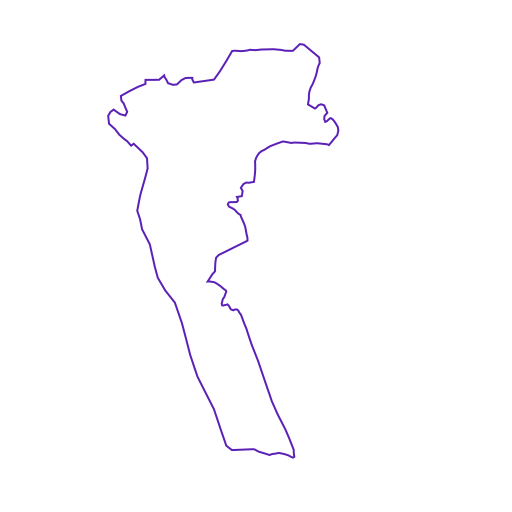 the district of Biyalu, Kafr ash Shaykh, Egypt, rotated 166°
{"feature_id": "37247803B81724678096325", "entity_name": "Biyalu", "entity_type": "district", "adm_level": 2, "iso_a3": "EGY", "parent_name": "Egypt", "parent_adm1": "Kafr ash Shaykh", "projection": "albers", "projection_center": [31.181, 31.319], "detail": "fine", "context": "isolated", "style": "outline", "palette": "violet", "viewbox_px": 512, "rotation_deg": 166, "n_neighbors": 0, "source": "geoboundaries", "source_scale": "gbopen_adm2", "svg_char_len": 3701}
<svg xmlns="http://www.w3.org/2000/svg" viewBox="0 0 512 512"><g transform="rotate(166 256 256)"><path d="M158.4,346.0L154.5,348.8L151.4,351.2L147.9,353.6L146.9,355.6L145.8,357.7L145.4,361.2L146.8,366.1L147.4,367.5L148.1,369.3L148.8,370.3L150.1,371.7L150.8,371.7L153.3,370.4L154.6,369.7L156.4,369.4L156.7,372.5L155.6,375.3L152.2,377.7L153.4,385.7L156.2,387.5L158.9,387.2L160.0,386.5L161.4,385.5L163.1,384.8L168.9,390.5L166.4,396.4L166.0,398.5L164.6,402.3L162.2,406.1L159.7,408.8L158.3,410.6L156.4,413.3L155.2,415.0L152.7,419.2L151.0,423.0L149.2,425.8L147.5,427.8L146.7,433.4L147.3,434.3L147.9,435.1L150.4,438.5L158.5,449.5L158.8,449.6L160.0,450.1L162.3,451.0L163.4,450.3L170.0,446.5L170.6,446.2L172.1,446.5L177.9,448.1L178.2,448.2L181.8,449.9L189.3,452.5L190.3,452.7L200.2,454.9L201.8,455.2L206.4,455.8L207.5,456.1L208.2,456.3L212.1,457.6L212.5,457.6L214.3,457.5L219.1,458.0L219.8,458.2L221.7,458.6L222.8,459.0L225.4,459.8L227.0,460.4L229.6,460.6L230.6,459.6L237.0,453.0L243.7,446.5L246.5,443.8L251.3,439.7L254.1,437.3L274.3,439.4L275.1,442.6L274.8,443.9L274.7,444.2L275.3,444.4L279.0,445.3L280.3,445.5L280.6,445.6L281.6,445.7L284.9,444.9L285.8,444.7L287.3,443.8L287.9,443.5L290.8,441.8L291.2,441.6L295.3,442.2L295.7,442.5L298.6,444.4L299.5,444.9L300.4,449.0L301.5,451.8L301.4,453.4L307.5,450.4L310.7,451.2L320.6,453.6L321.7,449.7L328.7,448.8L329.5,448.7L336.7,447.1L338.9,446.6L348.4,444.0L349.0,439.3L347.8,436.7L347.5,436.2L347.0,432.4L346.1,427.1L347.5,425.4L348.7,423.9L349.1,424.1L353.7,426.6L358.5,432.2L358.7,432.5L362.1,431.1L362.5,430.9L365.2,428.1L365.5,427.8L365.9,425.1L366.6,419.8L365.1,417.7L363.1,414.7L362.2,413.4L359.2,406.6L355.8,401.7L353.2,398.5L350.5,393.3L347.5,394.5L341.1,384.4L340.8,383.9L338.1,377.2L340.0,367.1L343.9,360.0L346.1,356.1L350.3,348.8L352.7,344.7L355.0,340.1L360.3,328.6L359.7,321.4L359.6,320.0L359.8,314.8L360.1,309.6L358.8,304.1L356.2,293.0L356.7,273.7L356.8,271.2L356.6,260.2L356.6,258.8L352.4,244.5L346.0,230.4L344.4,211.9L344.1,208.9L343.9,192.1L343.8,177.2L343.8,176.1L342.0,153.2L338.9,139.5L334.1,118.5L333.9,117.9L332.0,93.7L331.3,86.0L330.7,79.1L326.3,73.5L307.3,69.6L305.4,69.2L304.1,68.6L303.1,67.7L301.4,66.1L301.0,65.7L295.3,62.3L294.8,62.0L292.1,60.3L290.8,59.6L289.0,59.9L287.3,59.9L285.2,59.5L282.5,59.5L280.8,59.1L276.3,56.9L272.9,54.8L270.2,52.3L268.8,51.4L267.4,51.9L267.1,55.1L266.3,58.9L267.9,71.1L269.5,80.9L273.2,96.6L275.8,111.3L276.5,120.3L276.7,121.8L279.4,153.9L281.7,171.4L282.6,182.9L282.9,187.8L283.8,193.7L284.8,202.8L285.8,204.9L286.4,207.4L287.5,208.8L289.5,209.2L291.2,208.8L293.3,210.3L294.3,214.1L295.3,215.9L297.4,215.9L299.8,215.9L300.8,216.3L300.8,218.1L299.7,220.1L298.7,222.2L296.9,223.6L294.8,226.7L293.4,228.8L293.8,230.2L295.1,231.6L297.8,235.4L300.6,238.6L302.9,240.7L307.4,242.6L309.1,242.9L302.5,249.1L300.8,250.1L299.4,251.2L299.0,252.9L296.9,259.8L295.3,263.6L295.1,264.0L292.0,266.0L276.0,269.5L260.6,272.9L260.3,273.8L259.9,276.0L259.9,277.1L259.9,279.2L259.4,286.8L259.8,290.7L261.1,298.0L261.0,299.4L262.7,301.2L264.1,303.3L265.1,305.4L266.8,307.5L270.2,310.4L270.6,311.8L270.9,312.8L269.5,314.5L269.1,314.5L267.8,314.5L266.4,314.1L261.6,313.0L260.2,314.0L260.2,315.1L259.8,316.1L260.2,317.9L255.3,317.5L253.2,322.3L254.2,325.8L250.7,328.9L247.6,329.6L245.2,328.8L240.1,328.4L238.3,332.9L236.9,336.7L235.8,340.2L234.7,344.7L234.5,345.8L234.0,348.2L232.6,350.4L232.3,351.0L230.5,353.0L228.1,355.1L225.3,356.4L221.9,357.1L218.1,358.4L215.7,359.1L208.8,360.0L202.2,360.6L200.2,359.8L199.5,359.5L195.0,357.4L193.7,357.0L192.3,357.0L189.5,356.3L184.4,354.8L183.0,354.4L180.6,353.7L176.9,351.9L174.8,351.5L169.6,350.7L160.7,347.5L158.7,346.4L158.4,346.0Z" fill="none" stroke="#5b21b6" stroke-width="2"/></g></svg>